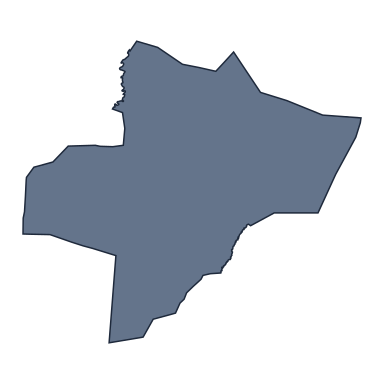 outline of O'ndor-Ulaan, Arhangay, Mongolia
{"feature_id": "93677404B74246674893710", "entity_name": "O'ndor-Ulaan", "entity_type": "district", "adm_level": 2, "iso_a3": "MNG", "parent_name": "Mongolia", "parent_adm1": "Arhangay", "projection": "orthographic", "projection_center": [100.716, 48.014], "detail": "fine", "context": "isolated", "style": "filled", "palette": "slate", "viewbox_px": 384, "rotation_deg": 0, "n_neighbors": 0, "source": "geoboundaries", "source_scale": "gbopen_adm2", "svg_char_len": 5559}
<svg xmlns="http://www.w3.org/2000/svg" viewBox="0 0 384 384"><path d="M143.1,337.1L153.2,319.2L170.6,314.5L175.5,313.1L180.0,303.1L184.1,299.2L186.6,292.8L193.1,286.5L201.0,279.3L203.0,275.4L210.4,273.7L220.8,273.0L221.0,272.8L221.0,272.6L220.9,272.1L221.0,271.7L220.9,271.4L220.9,271.1L221.0,270.9L221.3,270.8L221.6,270.8L221.9,270.7L222.0,270.5L222.0,270.3L221.7,269.7L221.8,269.5L221.8,269.2L222.1,268.9L222.1,268.6L222.3,268.4L222.5,268.2L222.3,268.0L222.1,268.0L221.9,267.9L221.8,267.5L221.9,267.3L222.1,267.3L222.4,267.3L222.6,267.2L223.0,267.2L223.3,267.1L223.2,266.8L223.3,266.6L223.5,266.3L223.5,266.1L223.9,266.0L223.8,265.8L223.9,265.6L224.3,265.6L224.4,265.4L224.6,265.2L224.8,265.2L225.0,265.1L225.2,264.7L225.4,264.6L225.6,264.5L225.6,264.3L225.6,264.0L225.7,263.7L226.1,263.4L226.0,263.0L226.2,262.6L226.4,262.4L226.6,262.2L226.9,262.1L227.0,262.1L227.0,261.5L227.1,261.4L227.3,261.4L227.5,261.5L228.0,261.1L228.0,260.5L228.2,260.1L228.6,259.8L229.0,259.6L229.3,259.4L229.6,259.4L229.9,259.6L230.0,259.6L230.3,259.4L230.4,259.2L230.5,258.8L230.8,258.4L230.9,258.2L230.9,257.9L230.8,257.6L230.6,257.4L230.5,257.2L230.6,256.9L230.8,256.8L231.0,256.8L231.1,256.7L231.1,256.4L231.6,255.6L231.9,255.3L231.9,255.1L231.6,254.4L231.6,254.1L232.1,253.5L232.2,252.8L232.4,252.5L232.4,252.2L232.4,251.9L232.0,251.7L231.7,251.3L231.6,251.1L231.6,250.8L231.9,250.4L232.0,250.0L231.8,249.8L231.7,249.6L231.9,249.4L232.3,249.5L232.5,249.4L232.6,249.1L232.7,248.8L232.8,248.5L232.8,248.1L232.9,247.9L232.9,247.4L232.9,247.1L233.0,246.7L233.2,246.3L233.5,246.1L233.8,246.0L234.0,245.9L234.1,245.5L234.2,245.1L234.3,244.7L234.9,244.2L235.0,244.0L235.0,243.9L234.9,243.5L235.1,243.0L235.2,242.8L235.4,242.7L235.3,242.3L235.3,242.1L235.5,242.0L235.8,242.2L235.9,241.9L236.1,241.5L236.1,241.4L235.9,241.3L235.8,241.2L235.9,240.9L236.3,240.6L236.4,240.3L236.6,240.2L237.0,240.1L237.1,239.9L237.4,239.8L237.6,239.8L237.8,239.8L237.8,239.7L237.7,239.6L237.8,239.3L238.2,238.9L238.3,238.7L237.8,238.8L237.7,238.7L237.8,238.3L238.4,238.3L238.5,238.2L238.2,237.5L238.1,237.4L238.2,237.2L238.3,236.7L238.5,236.6L238.9,236.7L239.0,236.2L239.2,235.8L239.4,235.0L239.6,234.6L239.9,234.3L240.1,234.0L240.8,233.5L241.2,233.0L241.2,232.8L241.1,232.3L241.2,232.1L241.3,231.9L241.5,231.9L241.9,232.1L242.0,232.1L242.1,231.8L242.2,231.4L242.3,231.1L242.4,230.9L242.3,230.7L242.3,230.4L242.8,230.1L242.9,229.9L243.0,229.7L243.3,229.6L243.5,229.4L243.9,229.5L244.0,229.4L244.1,229.2L244.0,228.8L244.2,228.6L244.2,228.4L243.9,228.3L243.9,228.2L244.0,228.1L244.4,228.1L244.5,228.0L244.7,227.9L244.9,228.0L245.1,228.0L245.2,227.9L245.3,227.8L245.5,227.6L245.7,227.4L245.9,227.4L246.1,227.2L246.2,226.9L246.5,226.6L246.6,226.3L246.5,226.0L246.5,225.8L246.5,225.6L246.7,225.2L246.8,225.0L247.5,224.7L248.0,224.3L248.2,224.2L248.4,224.2L248.5,224.2L250.6,225.7L274.2,212.9L318.0,212.9L335.7,174.3L355.8,137.2L360.3,122.8L361.0,117.9L322.7,115.1L286.9,100.6L260.5,92.4L246.1,70.8L233.6,52.0L224.0,62.5L215.8,71.3L198.9,67.5L182.5,64.3L157.7,47.4L136.7,41.2L130.0,51.0L129.4,49.9L128.5,51.0L128.2,51.8L127.7,52.3L127.7,53.0L128.2,52.9L128.6,54.2L128.7,54.9L128.6,55.5L128.4,56.1L128.0,56.5L127.6,56.8L127.0,57.3L126.5,57.7L125.8,58.4L125.5,58.5L124.8,59.3L124.3,59.5L123.7,59.6L123.4,59.8L123.2,59.8L122.7,60.2L122.4,60.7L121.7,61.8L121.3,62.3L121.1,62.9L121.3,63.1L122.0,62.9L122.6,62.8L123.0,63.0L123.3,63.2L123.6,63.6L123.6,64.1L123.6,64.6L123.4,65.0L123.0,65.6L122.6,66.4L121.7,66.9L120.9,67.2L120.2,67.6L119.8,68.1L119.6,68.6L119.9,69.3L120.2,69.6L120.7,69.8L121.0,69.9L121.5,69.9L121.8,70.0L122.2,70.2L122.3,70.3L123.0,70.5L123.5,70.7L123.9,70.9L124.8,71.3L125.0,71.7L124.6,72.5L124.2,72.9L123.9,73.4L123.6,73.9L123.4,75.0L123.3,75.4L123.0,75.8L122.5,76.0L121.8,76.3L121.3,76.6L121.2,76.9L121.0,77.5L121.1,77.8L121.4,77.8L121.8,77.7L122.2,77.6L122.4,77.7L122.6,77.9L122.6,78.2L122.6,78.7L122.4,79.1L122.4,79.7L122.4,80.1L122.5,80.7L122.6,81.3L122.8,81.7L122.9,82.1L122.9,82.4L122.8,82.8L122.4,83.0L121.7,83.3L121.5,83.6L121.3,84.0L121.4,84.4L121.5,84.6L122.1,85.6L122.4,86.2L122.6,86.4L122.8,86.6L123.4,86.9L123.8,87.1L124.0,87.4L124.1,87.8L124.0,88.2L123.8,88.8L123.5,89.3L123.2,89.6L122.5,89.9L122.3,90.2L122.0,90.7L122.3,91.1L122.9,91.2L123.4,91.3L123.7,91.1L124.2,91.0L124.6,90.8L124.8,90.9L125.2,91.0L125.3,91.3L125.2,91.8L125.1,92.2L124.8,92.6L124.5,92.9L123.9,93.3L123.6,93.5L123.3,94.3L123.9,94.3L124.3,94.5L124.4,94.4L124.7,94.6L124.7,94.9L124.6,95.2L124.5,95.5L124.5,95.8L124.4,96.4L124.3,96.8L124.1,97.0L123.8,97.1L123.4,97.3L123.1,97.6L122.7,98.1L122.6,98.7L122.5,99.2L122.3,99.7L122.5,100.0L123.2,100.6L123.3,100.7L123.5,101.0L123.4,101.3L123.1,101.5L122.8,101.5L122.1,101.1L121.6,100.9L121.0,100.9L120.3,101.0L119.8,101.1L119.4,101.3L118.9,101.5L117.7,101.6L117.4,101.9L117.2,102.2L117.1,102.4L117.2,102.7L117.3,102.8L117.6,103.1L118.1,103.4L118.7,103.8L118.8,104.1L118.8,104.3L118.7,104.6L118.3,104.8L117.6,105.2L117.2,105.3L116.9,105.3L116.7,105.2L116.4,104.8L116.3,104.7L115.9,104.8L115.7,104.8L115.5,104.7L115.3,104.0L115.2,104.0L114.9,104.1L114.8,104.3L114.7,104.7L114.7,105.1L114.8,105.4L114.8,105.8L114.9,106.1L115.0,106.5L115.0,106.9L114.8,107.0L114.6,107.1L114.0,107.1L113.8,107.1L113.6,107.2L113.3,107.5L113.1,107.9L112.5,109.0L122.5,112.6L124.8,128.4L123.3,145.3L112.8,146.7L100.1,146.3L95.3,145.3L68.2,146.1L52.9,162.0L33.9,167.2L26.5,177.3L26.2,180.1L25.6,192.5L25.4,196.8L24.5,211.8L23.2,218.1L23.0,234.0L30.2,234.2L50.0,234.6L71.5,242.1L83.3,245.9L92.6,248.4L115.9,255.6L109.1,342.8L143.1,337.1Z" fill="#64748b" stroke="#1e293b" stroke-width="1.5"/></svg>